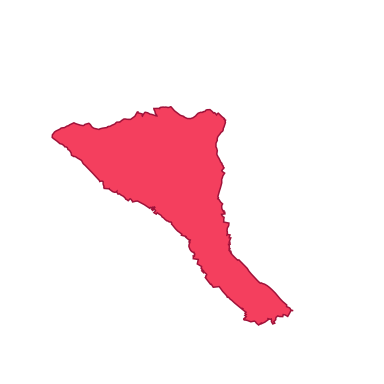 Carta, Harghita, Romania, rotated 32°
{"feature_id": "2599482B48066587484568", "entity_name": "Carta", "entity_type": "district", "adm_level": 2, "iso_a3": "ROU", "parent_name": "Romania", "parent_adm1": "Harghita", "projection": "equal_earth", "projection_center": [25.713, 46.564], "detail": "fine", "context": "isolated", "style": "filled", "palette": "rose", "viewbox_px": 384, "rotation_deg": 32, "n_neighbors": 0, "source": "geoboundaries", "source_scale": "gbopen_adm2", "svg_char_len": 6012}
<svg xmlns="http://www.w3.org/2000/svg" viewBox="0 0 384 384"><g transform="rotate(32 192 192)"><path d="M307.0,271.6L310.7,270.9L312.7,269.0L313.5,268.4L314.6,268.4L316.1,269.1L319.0,269.5L320.1,266.7L320.5,267.2L322.8,263.7L323.2,262.6L324.4,259.7L323.6,259.4L323.5,259.1L325.8,258.5L326.5,257.7L327.4,258.6L328.0,259.8L330.4,261.1L331.7,259.4L330.0,258.5L330.1,258.1L330.4,257.5L330.5,256.6L330.7,255.9L330.2,255.3L329.7,253.8L330.4,251.6L332.1,251.3L335.0,249.6L334.3,247.6L336.1,246.9L339.1,246.8L339.0,243.6L338.7,240.0L339.7,239.6L340.7,239.0L338.5,239.6L337.9,239.4L337.3,239.0L336.3,238.6L335.1,238.7L332.9,239.1L332.2,237.6L326.9,236.8L323.3,235.9L316.3,233.6L311.6,232.5L308.3,231.9L305.3,231.6L302.3,231.7L300.6,232.2L298.9,232.4L298.4,233.1L297.6,233.1L297.1,232.8L296.2,233.0L295.3,232.6L293.7,232.3L293.6,232.2L285.7,230.1L282.3,229.0L279.3,227.5L267.7,224.7L267.1,225.5L266.6,225.4L266.5,225.6L262.4,224.7L259.2,223.9L257.7,223.4L257.8,223.1L256.9,222.9L257.0,222.3L256.6,222.1L256.5,222.3L256.3,222.3L256.3,222.2L256.0,222.2L256.1,221.7L255.7,221.7L255.7,222.1L254.4,221.9L254.1,221.3L254.3,221.2L254.2,220.7L253.9,220.7L254.3,220.5L254.3,220.0L252.7,220.0L253.5,219.7L252.5,218.4L251.5,217.0L250.9,217.3L250.7,217.0L251.5,216.6L251.3,216.3L251.9,216.0L251.6,215.7L250.7,214.5L250.1,214.8L249.7,213.3L249.2,210.4L247.8,211.1L247.3,209.9L247.0,208.3L245.1,208.9L244.5,209.9L243.6,207.8L242.7,206.6L242.3,206.5L241.1,203.9L241.0,202.7L241.1,202.1L240.8,200.7L239.8,198.8L234.7,200.7L234.3,199.7L233.3,198.2L232.8,196.7L232.3,196.4L231.6,196.6L231.0,196.3L229.9,196.1L228.9,195.3L231.5,193.1L230.6,191.9L230.2,192.3L229.3,191.3L229.1,191.7L228.8,191.4L228.6,191.7L226.1,190.3L224.4,187.9L224.3,185.9L221.6,185.4L218.9,184.1L217.5,184.1L217.6,182.9L216.4,182.3L214.4,175.5L214.1,174.1L212.4,168.5L210.5,165.6L210.1,163.5L209.6,162.0L209.7,158.7L207.3,158.6L206.2,158.3L205.9,158.0L206.1,157.6L205.9,156.8L206.5,155.3L206.2,154.9L206.2,154.4L205.4,154.3L204.3,153.2L203.0,152.9L202.7,152.3L202.0,151.8L200.3,151.4L200.1,151.1L196.6,148.9L196.0,148.7L193.2,147.0L192.7,146.4L192.5,145.5L192.0,144.9L191.7,143.7L189.7,141.8L188.2,140.9L188.1,140.5L186.7,138.3L186.4,137.5L186.1,134.8L185.2,133.6L184.7,132.0L184.6,131.0L185.0,127.6L184.9,126.7L185.1,126.4L185.1,125.9L185.7,124.3L185.7,123.5L185.3,122.3L184.8,121.4L184.7,120.0L183.5,115.3L182.4,114.2L182.4,113.3L180.7,113.3L180.6,112.6L177.7,112.3L172.5,111.2L172.0,112.1L172.0,113.6L169.2,112.7L168.4,113.6L166.9,113.1L163.6,112.6L161.4,114.1L160.8,114.7L160.4,115.4L160.3,116.7L158.9,118.0L159.0,118.4L158.3,119.3L157.3,119.6L156.0,121.2L155.4,122.1L154.9,124.3L154.8,125.5L153.5,128.6L152.6,129.6L151.9,130.5L149.0,132.2L145.4,132.6L145.2,132.3L144.7,132.3L142.0,133.0L141.1,133.1L134.0,132.4L129.2,130.9L128.6,131.1L128.0,132.1L126.9,133.1L125.8,133.4L124.4,134.1L123.6,134.8L122.4,135.3L121.6,136.1L120.8,136.5L120.1,137.5L120.3,138.4L119.5,138.7L115.4,141.4L116.2,142.3L117.8,143.2L119.3,144.8L121.5,145.7L121.9,146.1L120.9,146.5L116.8,147.5L115.1,148.2L112.4,148.3L110.0,149.2L109.8,149.8L109.6,152.4L109.8,153.9L109.3,153.8L109.0,152.6L108.7,152.3L108.3,152.2L104.2,153.5L104.2,153.2L103.7,152.7L103.2,153.2L103.4,158.1L101.4,163.0L98.4,164.8L96.8,165.4L95.7,166.1L95.2,166.8L95.0,167.7L94.4,168.6L94.0,170.2L93.5,171.2L93.1,171.2L92.7,171.7L91.3,172.5L90.7,173.9L90.8,174.1L90.4,175.4L88.6,178.0L87.7,179.8L86.8,180.3L86.1,181.1L85.8,181.5L86.0,181.8L85.6,182.5L82.4,185.2L80.8,186.8L80.2,187.6L80.3,187.9L79.6,188.4L74.8,190.0L72.4,189.8L70.1,188.7L68.1,188.4L65.4,191.4L65.2,192.4L64.5,193.4L61.8,194.5L57.1,195.7L55.2,195.9L52.4,200.2L52.3,201.0L51.0,202.4L49.8,204.9L47.8,206.5L47.1,207.2L46.6,208.8L44.3,212.4L43.6,214.1L43.5,216.3L43.3,216.9L43.3,217.5L44.5,219.8L46.2,220.1L50.6,220.4L54.3,221.0L56.5,220.3L58.7,220.5L60.2,221.1L61.2,220.5L62.7,220.4L64.3,221.7L65.6,221.6L66.3,221.7L68.6,222.8L70.4,224.7L72.1,224.5L72.6,224.7L74.0,223.9L74.7,223.8L77.9,223.9L78.6,223.8L81.5,223.8L82.2,224.1L84.1,225.3L85.5,225.8L87.1,226.0L97.1,228.5L107.4,231.3L108.2,232.0L108.9,231.2L109.8,230.5L110.8,230.2L111.2,230.4L112.3,232.2L113.0,232.9L114.0,233.6L114.3,233.8L114.7,234.7L115.6,235.5L119.3,233.6L120.0,233.0L120.2,233.4L123.8,233.7L124.9,233.7L126.9,233.1L127.6,232.2L127.9,231.3L128.2,232.0L128.7,232.3L129.4,232.4L130.4,233.0L131.5,231.9L132.7,232.2L136.4,232.0L137.6,232.4L138.5,232.5L139.6,233.2L140.5,233.0L142.5,233.2L142.8,232.1L142.9,231.1L143.2,230.5L144.6,230.6L145.2,231.0L146.2,231.2L146.5,231.7L146.9,231.9L148.8,230.0L148.9,229.8L150.7,228.5L158.3,228.0L164.7,228.2L164.8,227.2L165.6,227.3L166.4,225.9L167.1,226.2L167.9,224.6L168.5,224.7L167.0,228.1L168.4,228.5L169.1,226.3L169.5,226.5L171.1,227.2L170.6,229.7L173.4,229.7L173.5,228.0L176.0,228.2L177.7,228.1L178.8,228.4L179.8,229.0L181.6,229.0L183.4,229.5L185.9,229.8L186.2,229.6L186.9,229.4L188.1,229.5L188.9,229.3L190.2,228.6L190.5,228.6L191.0,229.1L191.3,229.1L191.7,230.1L192.7,230.3L197.6,232.0L200.6,232.7L201.2,232.7L205.6,233.1L205.9,234.3L210.0,233.0L210.6,233.0L210.6,233.6L215.7,234.4L215.7,233.6L216.0,233.6L215.9,235.9L216.8,235.7L217.5,238.5L218.3,239.9L220.7,241.7L222.3,242.4L224.0,242.7L225.2,242.4L225.7,242.1L226.7,243.3L226.9,243.4L227.2,243.2L228.0,245.1L226.9,245.5L227.8,246.8L228.4,247.9L233.1,245.9L234.6,250.2L239.6,250.1L240.0,251.4L240.5,251.5L240.4,252.0L243.4,252.8L243.2,253.1L242.1,252.8L242.0,253.0L243.1,253.4L242.6,253.8L244.7,254.3L244.8,253.5L245.0,253.5L247.7,253.9L248.3,254.3L248.4,254.9L248.2,256.1L248.8,256.8L248.6,257.5L256.7,260.5L257.2,260.0L260.5,261.5L265.2,257.8L270.7,260.0L276.0,261.5L276.8,261.8L277.2,262.3L277.6,262.5L278.3,262.3L278.6,261.9L280.6,262.4L281.2,262.7L282.8,262.7L286.7,263.5L295.8,264.7L296.0,264.1L296.9,264.0L296.7,264.8L300.6,265.3L301.5,265.3L301.2,266.8L302.5,267.2L302.8,267.2L302.2,268.7L304.1,269.0L303.8,270.2L303.9,270.7L303.5,270.8L303.5,271.2L303.1,271.8L303.2,272.4L303.4,272.6L304.1,272.7L304.2,272.8L304.8,272.4L307.0,271.6Z" fill="#f43f5e" stroke="#9f1239" stroke-width="1.5"/></g></svg>